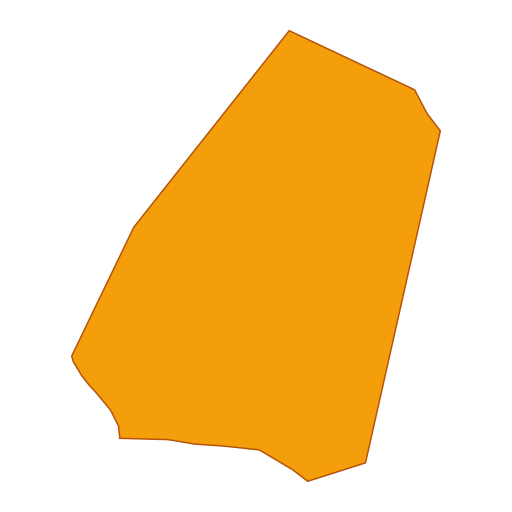 outline of Barh-El-Gazel Nord, Barh El Gazel, Chad
{"feature_id": "50815135B23579173703051", "entity_name": "Barh-El-Gazel Nord", "entity_type": "district", "adm_level": 2, "iso_a3": "TCD", "parent_name": "Chad", "parent_adm1": "Barh El Gazel", "projection": "mercator", "projection_center": [16.657, 14.849], "detail": "fine", "context": "isolated", "style": "filled", "palette": "amber", "viewbox_px": 512, "rotation_deg": 0, "n_neighbors": 0, "source": "geoboundaries", "source_scale": "gbopen_adm2", "svg_char_len": 459}
<svg xmlns="http://www.w3.org/2000/svg" viewBox="0 0 512 512"><path d="M440.3,130.9L427.1,113.6L414.6,89.8L289.2,30.7L133.8,227.2L91.7,314.5L75.0,349.2L71.7,356.1L73.2,361.4L81.8,375.8L88.9,384.8L96.1,392.6L110.1,409.6L110.2,409.9L110.8,410.6L118.5,426.1L119.5,435.6L119.9,437.9L120.0,438.2L119.9,438.3L168.0,439.6L195.0,444.1L222.7,446.0L259.3,449.9L292.7,469.8L307.7,481.3L365.5,462.8L440.3,130.9Z" fill="#f59e0b" stroke="#b45309" stroke-width="1.5"/></svg>